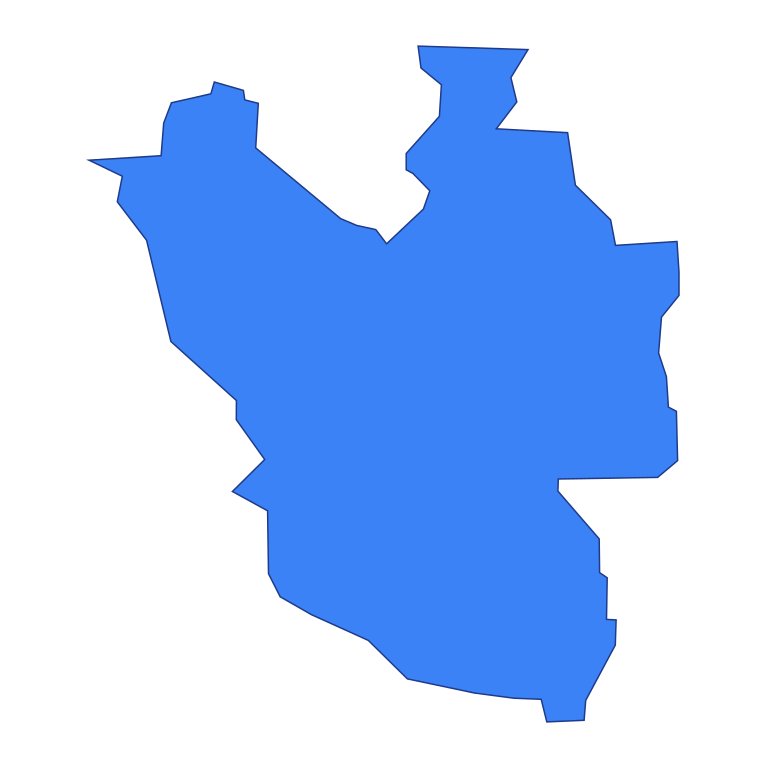 outline of Berat, Berat, Albania
{"feature_id": "67620474B3220488890929", "entity_name": "Berat", "entity_type": "district", "adm_level": 2, "iso_a3": "ALB", "parent_name": "Albania", "parent_adm1": "Berat", "projection": "equal_earth", "projection_center": [19.979, 40.671], "detail": "fine", "context": "isolated", "style": "filled", "palette": "blue", "viewbox_px": 768, "rotation_deg": 0, "n_neighbors": 0, "source": "geoboundaries", "source_scale": "gbopen_adm2", "svg_char_len": 961}
<svg xmlns="http://www.w3.org/2000/svg" viewBox="0 0 768 768"><path d="M418.1,46.1L421.0,68.0L441.4,84.8L439.4,116.3L406.2,153.5L406.2,169.8L413.0,173.5L429.8,190.8L423.4,209.1L386.6,243.8L375.8,229.6L356.6,225.4L340.6,218.6L255.7,147.9L258.3,103.3L244.8,99.9L243.4,90.4L214.3,82.0L210.9,93.8L171.4,102.8L163.7,123.1L161.1,155.7L89.0,160.2L122.3,176.2L117.3,201.8L146.6,240.3L170.9,341.5L236.4,400.5L236.3,419.7L264.7,459.5L232.4,491.5L267.6,510.8L268.5,573.7L280.2,596.8L311.5,614.7L368.3,640.4L407.4,678.9L474.9,693.1L513.9,698.2L541.2,699.3L546.8,721.9L584.1,720.3L585.7,700.4L615.3,645.1L616.1,619.9L606.5,619.4L607.2,577.8L599.6,572.6L599.2,538.9L557.9,491.1L558.3,479.0L657.6,477.4L677.6,460.6L676.4,411.3L668.4,407.1L666.4,376.6L658.6,353.0L661.5,317.1L679.0,295.4L679.0,272.3L677.0,241.5L615.5,245.4L610.6,219.8L575.4,185.2L567.6,132.7L496.3,128.8L516.8,101.9L510.9,77.6L528.0,49.6L418.1,46.1Z" fill="#3b82f6" stroke="#1e3a8a" stroke-width="1.5"/></svg>